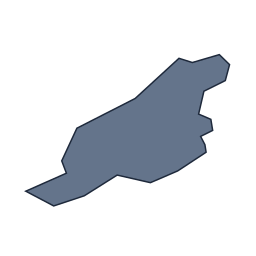 outline of Delvinë, Vlorë, Albania, rotated 285°
{"feature_id": "67620474B1879164611880", "entity_name": "Delvinë", "entity_type": "district", "adm_level": 2, "iso_a3": "ALB", "parent_name": "Albania", "parent_adm1": "Vlorë", "projection": "robinson", "projection_center": [20.095, 39.973], "detail": "fine", "context": "isolated", "style": "filled", "palette": "slate", "viewbox_px": 256, "rotation_deg": 285, "n_neighbors": 0, "source": "geoboundaries", "source_scale": "gbopen_adm2", "svg_char_len": 432}
<svg xmlns="http://www.w3.org/2000/svg" viewBox="0 0 256 256"><g transform="rotate(285 128 128)"><path d="M40.5,45.6L33.5,76.4L51.2,103.3L79.7,129.7L81.0,163.8L99.4,187.1L124.8,209.7L131.8,206.6L138.7,200.3L147.6,210.4L157.8,205.8L159.7,192.6L183.2,191.8L199.0,209.7L215.5,209.7L222.5,197.2L207.9,173.2L208.5,159.2L158.4,127.3L114.6,78.7L79.1,72.5L68.4,80.2L40.5,45.6Z" fill="#64748b" stroke="#1e293b" stroke-width="1.5"/></g></svg>